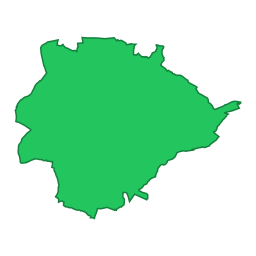 the district of Cergau, Alba, Romania
{"feature_id": "2599482B88582308663497", "entity_name": "Cergau", "entity_type": "district", "adm_level": 2, "iso_a3": "ROU", "parent_name": "Romania", "parent_adm1": "Alba", "projection": "equal_earth", "projection_center": [23.934, 46.087], "detail": "fine", "context": "isolated", "style": "filled", "palette": "green", "viewbox_px": 256, "rotation_deg": 0, "n_neighbors": 0, "source": "geoboundaries", "source_scale": "gbopen_adm2", "svg_char_len": 5683}
<svg xmlns="http://www.w3.org/2000/svg" viewBox="0 0 256 256"><path d="M90.4,217.7L90.5,217.7L91.7,217.7L93.0,217.9L93.6,218.1L94.2,218.4L94.4,218.5L94.5,218.3L94.8,216.5L96.7,211.7L96.8,211.1L96.8,210.9L96.8,210.7L97.1,210.3L97.1,210.0L97.5,208.5L100.6,208.8L107.2,207.4L114.8,210.3L114.9,209.5L116.4,210.2L116.6,209.2L120.1,207.0L120.8,206.9L121.5,207.0L122.0,206.3L123.9,204.8L124.1,204.0L124.4,200.8L124.3,199.4L123.8,198.3L122.9,197.2L123.0,192.6L124.9,192.4L126.6,192.7L128.3,196.8L129.5,201.6L134.6,194.2L146.6,199.7L146.7,199.0L147.7,198.7L147.7,194.7L146.4,193.5L141.7,192.2L141.2,191.6L139.1,190.9L138.9,189.6L140.5,188.8L141.2,188.4L142.6,187.1L143.9,185.1L144.3,184.8L146.5,184.0L147.8,181.9L149.2,180.6L149.3,179.9L152.0,178.0L155.5,176.8L155.7,174.8L156.3,173.5L156.8,172.4L157.0,171.8L157.5,171.3L157.6,170.3L157.9,168.5L160.7,164.9L162.4,164.4L163.7,165.0L165.2,164.4L166.6,163.1L167.4,161.5L167.6,160.6L168.7,160.2L172.4,159.1L174.5,157.4L175.2,156.7L177.0,152.7L179.3,151.7L183.4,150.8L185.8,151.2L193.5,150.0L193.2,149.6L192.7,149.3L193.9,148.8L195.3,148.9L196.4,148.3L197.8,148.1L198.4,147.8L200.6,147.6L201.7,147.2L201.8,146.9L202.2,146.9L203.9,147.5L205.8,147.2L208.5,146.1L209.2,146.0L210.3,144.4L216.5,139.8L217.0,138.7L218.9,136.7L217.6,135.5L216.9,135.1L214.0,132.6L213.6,131.9L215.5,131.3L216.7,129.3L217.4,126.4L218.2,125.7L219.2,124.8L220.6,122.6L221.7,121.6L222.0,121.1L222.0,120.7L224.3,118.5L226.4,116.1L227.0,114.7L228.1,114.1L226.9,113.6L226.1,113.2L224.1,113.0L226.7,112.1L232.2,110.8L239.3,108.2L237.1,104.1L237.7,103.7L237.8,103.3L237.9,102.8L238.2,102.7L238.4,103.0L238.8,103.4L238.8,104.0L239.2,104.1L239.4,104.1L239.6,103.5L239.8,103.3L240.4,103.3L240.6,103.1L240.4,102.7L240.5,102.4L240.6,102.2L239.2,102.0L238.1,101.7L237.1,101.5L234.6,101.3L233.5,101.4L233.3,101.5L232.1,101.8L229.0,103.3L228.0,103.9L226.2,104.6L224.9,104.9L223.3,106.2L217.3,108.5L215.0,109.5L213.5,108.5L212.3,105.8L210.6,103.8L208.5,102.5L208.2,99.8L207.3,98.0L204.4,96.4L202.2,95.1L198.8,93.3L195.9,89.0L197.0,87.5L196.7,86.9L193.8,85.3L189.3,82.9L188.3,81.9L187.7,80.1L186.9,80.0L182.8,76.7L180.5,75.3L176.9,75.2L175.9,75.0L174.9,74.5L174.5,74.0L173.6,74.1L171.7,72.8L172.0,72.4L171.4,72.0L171.0,72.3L168.9,70.5L167.9,70.4L167.2,71.1L166.2,70.0L165.8,68.9L161.7,66.0L160.8,65.2L160.8,64.8L161.3,64.3L161.5,63.1L162.3,62.0L164.0,60.3L163.7,58.4L164.0,58.0L164.0,57.6L163.1,56.8L162.9,56.3L162.0,53.7L162.0,51.5L162.2,49.7L163.5,48.0L163.7,46.8L163.5,46.4L162.6,45.9L161.1,46.1L156.3,44.8L156.2,45.4L157.3,47.6L155.4,51.7L152.4,52.9L151.4,55.1L149.8,57.2L149.0,57.8L148.1,57.9L147.6,57.6L147.5,57.2L146.1,56.6L145.8,57.1L145.5,57.2L144.9,56.8L144.6,57.1L143.1,56.6L142.3,57.1L139.6,54.8L138.5,53.3L137.0,54.4L137.0,54.8L136.6,55.1L135.8,55.1L135.2,54.8L133.6,54.7L133.4,54.0L133.6,52.3L133.5,50.6L133.6,49.8L134.1,48.2L134.1,47.0L134.7,45.3L135.8,44.3L131.1,44.1L131.1,43.8L129.7,44.1L127.0,44.7L126.6,44.7L125.5,42.6L125.1,42.5L121.3,40.3L119.0,40.8L117.9,39.8L116.8,40.7L114.1,37.8L105.0,38.7L96.7,38.0L85.8,37.9L82.1,37.5L83.0,42.9L77.6,43.3L78.0,47.3L77.4,47.8L77.1,49.0L77.1,50.0L76.7,51.5L76.5,51.3L76.0,50.7L74.0,50.4L73.3,51.0L71.1,50.1L69.8,49.4L68.6,48.9L67.6,48.2L66.8,48.1L65.3,47.5L64.2,46.2L63.7,45.9L63.2,45.3L63.1,44.5L62.8,44.5L62.3,44.8L60.9,46.0L56.9,45.0L58.1,39.9L53.6,40.9L47.6,42.0L46.7,42.8L42.2,45.3L40.7,47.6L41.2,53.7L42.5,59.5L43.0,61.6L43.9,66.0L44.5,66.5L46.0,71.7L46.7,72.9L43.7,76.9L40.7,80.9L40.0,80.6L38.2,82.5L37.1,83.2L35.6,85.0L34.7,86.5L34.3,87.4L34.0,88.5L32.7,90.7L31.4,93.4L30.7,94.2L28.0,96.2L26.4,96.6L24.7,97.2L23.1,98.3L22.5,99.0L20.6,100.0L17.9,103.6L16.4,106.9L17.1,106.9L16.3,109.0L15.4,110.2L15.4,110.4L15.6,111.4L15.8,112.5L16.0,113.6L16.2,114.4L16.2,114.8L16.3,115.7L16.3,116.1L16.3,117.1L16.4,117.5L16.1,120.2L15.9,121.5L16.4,121.8L18.3,122.2L18.9,122.4L19.5,122.7L20.6,123.2L21.1,123.5L22.0,124.0L23.3,124.7L24.4,125.3L25.1,125.4L24.9,125.4L25.1,125.7L29.2,128.5L30.4,129.3L30.9,129.8L29.8,131.1L29.5,131.4L28.2,132.3L27.1,133.2L26.2,134.2L25.2,135.4L24.5,136.1L22.8,137.9L22.3,138.6L22.0,138.8L21.7,139.5L21.5,140.4L21.3,141.2L21.1,142.0L20.1,143.2L19.1,144.5L18.7,145.3L18.5,146.4L18.5,147.5L18.3,149.7L18.2,150.7L18.2,151.8L18.2,152.2L18.4,153.8L19.3,155.7L19.5,156.3L20.0,159.1L20.4,162.5L20.5,162.7L21.0,162.9L21.6,163.1L22.3,163.1L25.6,162.7L26.5,162.5L27.5,162.1L29.1,161.3L30.1,160.8L31.1,160.3L31.6,160.1L35.1,158.9L35.9,158.9L36.8,158.9L37.8,159.1L38.6,159.3L39.9,159.6L40.7,159.6L42.1,159.8L42.8,160.0L43.3,160.6L44.5,160.6L45.8,160.5L46.4,160.1L47.0,161.1L47.4,161.2L48.3,161.2L49.3,161.1L50.5,161.6L50.8,161.8L51.0,161.9L51.6,161.7L52.1,161.6L52.4,161.5L52.5,161.8L52.5,162.1L52.5,163.7L52.3,164.8L52.1,166.3L51.8,167.3L52.1,167.4L54.0,168.1L54.1,168.7L54.2,170.7L54.8,171.9L55.3,172.7L55.6,173.6L55.7,174.2L56.1,175.2L56.3,176.0L57.2,177.7L57.5,179.0L57.9,180.2L58.1,181.3L58.4,183.3L59.0,185.4L58.9,185.9L58.3,187.0L58.3,187.7L58.3,189.3L58.2,190.9L57.9,192.3L57.2,194.3L55.6,196.7L55.8,197.1L56.6,197.4L57.5,198.1L57.7,198.3L58.0,198.4L58.3,198.8L58.7,199.9L58.6,200.8L58.6,202.2L59.6,201.7L60.6,201.3L61.1,201.1L62.1,201.1L63.1,201.7L63.9,201.9L64.0,202.3L63.6,203.6L63.5,204.2L63.5,205.0L63.8,205.6L64.1,205.9L65.7,206.8L66.0,207.0L66.2,206.9L66.6,206.8L67.2,206.8L68.0,207.2L68.6,207.5L69.8,207.8L70.1,207.8L71.2,207.6L71.6,207.7L72.4,208.3L72.9,208.5L73.9,209.0L75.2,209.5L76.1,209.8L77.3,210.1L79.4,210.0L80.0,210.4L80.3,210.6L80.7,210.9L81.7,210.7L82.3,210.9L83.2,211.4L83.8,211.5L84.7,211.9L85.9,212.8L86.3,212.9L86.6,213.2L86.9,213.9L87.5,214.6L87.9,214.8L88.7,215.5L89.1,215.5L89.9,215.7L90.6,216.2L90.7,217.0L90.5,217.4L90.4,217.7Z" fill="#22c55e" stroke="#15803d" stroke-width="1.5"/></svg>